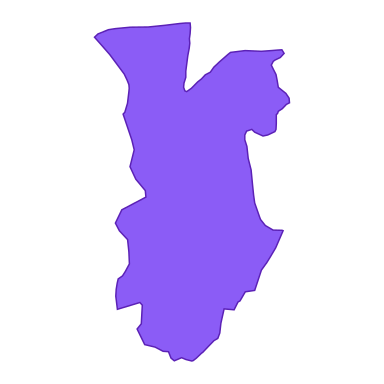 outline of Ikole, Ekiti, Nigeria
{"feature_id": "59680162B9357675593038", "entity_name": "Ikole", "entity_type": "district", "adm_level": 2, "iso_a3": "NGA", "parent_name": "Nigeria", "parent_adm1": "Ekiti", "projection": "robinson", "projection_center": [5.536, 7.881], "detail": "fine", "context": "isolated", "style": "filled", "palette": "violet", "viewbox_px": 384, "rotation_deg": 0, "n_neighbors": 0, "source": "geoboundaries", "source_scale": "gbopen_adm2", "svg_char_len": 1831}
<svg xmlns="http://www.w3.org/2000/svg" viewBox="0 0 384 384"><path d="M273.7,50.4L271.1,50.6L261.4,51.3L245.1,50.6L230.5,52.4L228.0,54.4L219.3,62.0L216.6,64.6L215.6,65.5L213.9,67.1L210.3,72.2L205.3,74.8L201.5,78.9L197.7,81.9L191.4,88.3L186.7,91.6L184.9,90.9L183.6,87.3L184.0,83.0L184.7,80.9L185.8,77.3L185.8,71.2L187.8,55.7L189.2,48.3L189.8,43.2L189.4,38.8L190.1,33.7L190.5,27.6L190.2,23.8L190.1,23.0L185.7,23.0L179.8,23.5L165.0,25.3L148.2,27.0L130.3,27.2L115.5,28.6L108.4,29.7L98.0,33.9L94.5,37.2L99.1,42.4L109.7,54.5L124.2,74.0L127.1,80.1L128.9,84.6L129.2,88.2L128.9,91.6L127.5,103.3L124.8,112.3L123.1,114.1L131.8,139.9L134.2,149.8L130.0,166.7L135.8,179.2L145.3,190.6L145.9,197.1L121.8,209.8L115.4,223.1L119.4,230.8L127.6,239.6L128.9,252.0L129.4,263.9L125.3,271.5L122.5,275.9L118.2,278.9L117.2,283.2L116.2,289.3L115.8,296.2L116.7,303.6L117.4,309.3L139.9,302.5L142.3,305.2L141.3,323.8L137.1,329.0L144.7,344.6L155.1,347.1L163.1,351.3L168.5,351.7L171.0,358.1L174.3,360.8L181.6,357.7L185.9,359.5L191.8,361.0L193.2,360.6L196.3,358.2L201.5,353.2L202.7,352.4L208.4,346.4L214.0,340.6L217.8,338.4L219.8,333.0L220.9,323.2L224.1,308.9L234.1,309.8L238.0,302.0L240.0,300.9L245.3,291.8L254.7,290.4L261.4,270.1L266.2,263.4L266.3,263.4L270.2,257.1L275.7,247.8L283.1,230.7L282.1,230.3L273.1,230.1L265.3,225.5L260.6,219.6L259.7,217.3L254.7,203.0L253.6,195.1L252.6,185.4L251.1,169.9L248.2,158.4L246.9,146.4L244.8,139.8L244.8,135.0L246.6,131.1L251.8,129.4L254.7,132.2L263.0,136.0L267.7,135.0L270.3,133.8L274.9,131.6L276.0,129.4L276.3,123.5L276.3,114.7L277.6,113.4L278.3,111.3L282.3,108.7L286.4,104.4L289.5,102.8L289.1,98.3L289.1,98.2L285.9,93.4L281.9,90.2L278.3,87.3L277.2,80.7L276.0,74.5L273.3,69.2L271.3,65.1L273.3,61.3L275.1,60.0L280.3,57.5L284.1,53.4L281.9,49.8L277.2,50.1L273.7,50.4Z" fill="#8b5cf6" stroke="#5b21b6" stroke-width="1.5"/></svg>